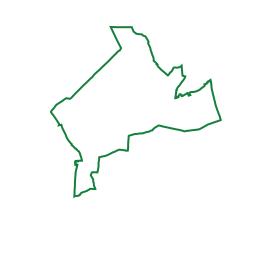 outline of Vulpeni, Olt, Romania, rotated 123°
{"feature_id": "2599482B22802217840007", "entity_name": "Vulpeni", "entity_type": "district", "adm_level": 2, "iso_a3": "ROU", "parent_name": "Romania", "parent_adm1": "Olt", "projection": "robinson", "projection_center": [23.942, 44.455], "detail": "fine", "context": "isolated", "style": "outline", "palette": "green", "viewbox_px": 256, "rotation_deg": 123, "n_neighbors": 0, "source": "geoboundaries", "source_scale": "gbopen_adm2", "svg_char_len": 5565}
<svg xmlns="http://www.w3.org/2000/svg" viewBox="0 0 256 256"><g transform="rotate(123 128 128)"><path d="M155.2,201.5L156.5,201.4L156.8,201.0L157.0,200.4L158.0,197.5L159.9,192.9L161.6,189.1L162.1,188.1L162.5,187.8L163.5,187.5L161.6,185.7L163.8,183.0L165.0,181.1L165.8,179.6L167.6,176.6L168.8,175.0L169.2,174.6L169.6,173.8L170.9,171.1L172.2,167.0L172.1,166.6L172.6,166.3L173.0,165.9L172.8,165.7L173.9,161.2L173.8,160.7L173.6,160.3L173.6,160.1L174.1,159.6L174.1,158.9L174.4,157.3L174.5,156.1L175.0,155.4L175.6,154.3L175.9,154.1L176.2,153.7L178.4,151.0L179.3,150.0L180.5,148.8L182.5,151.8L183.2,151.7L183.3,151.7L183.4,152.1L183.2,152.4L183.3,152.7L183.4,152.9L183.7,153.3L184.0,153.9L184.2,154.0L184.4,154.0L184.4,153.7L184.5,153.6L184.9,153.4L185.3,153.9L186.0,153.4L186.0,153.2L185.9,153.0L185.9,152.9L186.0,152.9L186.3,153.0L186.4,152.9L186.3,152.6L186.6,152.5L187.0,152.2L187.3,152.4L187.6,152.1L186.6,151.2L186.3,150.6L186.3,150.4L187.5,150.3L187.5,150.0L187.6,149.9L188.0,149.8L188.1,149.7L188.6,149.7L189.5,149.2L189.9,149.2L190.8,148.9L193.0,148.0L193.8,147.8L194.4,147.5L194.4,147.4L195.5,146.7L197.6,145.6L203.0,142.6L205.4,141.0L210.0,138.5L211.5,137.5L213.3,136.5L213.6,136.3L214.6,135.7L214.1,135.5L213.5,134.9L213.2,134.6L213.1,134.3L212.2,133.0L211.8,132.9L211.3,132.6L211.1,132.2L210.4,131.9L210.0,131.9L209.8,132.1L208.8,131.9L208.2,131.9L207.7,131.8L207.2,131.3L206.5,130.9L205.1,129.8L204.8,129.5L204.5,129.2L203.1,128.2L201.3,127.4L200.7,126.9L200.2,126.8L199.8,126.7L199.4,126.3L199.3,126.0L198.4,124.6L197.9,123.5L197.0,122.2L196.6,122.7L196.3,122.8L196.0,123.4L195.8,123.7L195.3,124.6L194.8,125.2L192.8,126.8L192.5,127.1L192.2,127.7L191.9,128.0L191.0,128.5L190.2,129.2L190.0,129.3L189.7,129.9L189.5,130.6L188.5,132.2L188.2,133.1L188.1,133.4L185.6,134.0L185.2,134.0L184.6,133.9L183.3,131.9L181.9,129.5L180.8,129.9L180.1,130.1L176.4,131.7L175.0,132.5L174.0,133.3L172.2,134.2L170.5,134.9L168.2,136.2L167.6,135.6L166.2,134.3L165.1,133.2L164.1,132.1L163.2,131.3L162.8,131.1L160.0,129.3L156.8,127.5L155.3,126.3L153.2,125.1L151.6,124.1L151.2,123.8L151.0,123.6L150.1,122.0L149.0,119.5L148.1,118.1L148.1,117.7L148.2,117.4L147.4,116.3L147.1,115.8L146.9,115.8L145.1,116.9L144.5,117.1L141.6,119.0L138.6,120.7L136.8,121.6L135.6,122.3L135.0,122.7L134.3,123.1L134.1,123.1L133.1,122.2L130.6,120.1L129.4,119.0L128.3,117.6L127.7,116.8L126.1,115.1L125.2,113.8L124.8,113.2L124.4,112.7L123.9,112.2L123.3,111.9L122.3,111.0L121.1,110.0L119.6,108.4L119.2,108.1L117.9,107.5L117.6,107.2L116.9,106.5L116.7,106.3L116.3,106.2L114.8,106.2L114.2,106.0L112.9,105.5L110.4,104.3L109.6,103.9L109.1,103.5L108.7,102.6L108.6,102.1L108.2,101.2L108.1,100.9L107.9,100.4L107.9,99.7L107.3,98.5L105.7,94.3L105.0,92.4L104.5,91.1L104.2,90.2L103.6,88.8L103.2,87.6L102.6,86.1L102.2,85.4L101.8,84.3L100.5,80.6L100.3,80.0L100.3,79.3L100.2,79.1L99.8,78.5L99.1,77.9L98.2,76.8L97.9,76.7L97.8,76.4L97.5,75.9L95.7,73.9L93.0,70.6L92.2,69.6L91.6,69.2L91.3,68.5L90.9,68.1L90.3,67.6L88.5,66.5L84.5,64.4L81.7,63.0L79.8,61.5L78.3,60.3L75.5,58.2L72.6,55.8L71.6,55.2L71.0,54.6L70.8,54.5L69.9,55.6L69.1,56.5L68.2,57.5L67.5,58.4L66.3,60.2L63.9,63.4L61.3,66.7L49.8,78.9L49.0,79.6L47.0,81.2L46.1,81.8L44.2,83.4L44.5,83.6L42.8,85.0L44.8,85.9L45.7,86.4L46.3,85.9L46.7,86.3L47.1,86.5L47.4,86.4L47.8,86.1L48.1,86.2L48.4,86.8L48.6,86.9L48.8,87.0L49.1,86.9L49.3,86.9L49.4,87.2L49.7,87.4L49.6,87.5L49.8,87.7L50.3,87.2L51.1,86.7L53.3,87.5L53.9,87.9L54.0,87.8L56.5,88.6L58.8,89.8L59.9,90.6L60.7,91.3L61.0,91.5L62.0,92.6L63.4,94.5L63.5,94.8L64.2,95.2L64.9,95.6L65.0,95.6L65.3,95.4L65.9,94.7L66.3,94.0L66.4,93.7L66.7,93.9L67.6,94.5L67.8,94.7L67.2,95.5L67.0,95.8L66.9,96.6L66.4,97.3L67.4,97.7L67.5,97.7L67.8,97.8L68.9,98.4L70.5,99.2L71.2,99.5L71.0,100.0L72.0,100.5L71.0,102.3L71.8,103.1L72.6,103.1L72.8,103.0L73.2,103.0L73.4,102.9L73.5,103.0L74.7,102.6L74.8,102.8L75.1,103.8L75.6,103.8L75.7,104.0L76.0,103.9L75.7,103.0L77.2,104.6L75.0,105.6L73.6,106.2L72.9,106.5L72.6,106.6L72.4,106.7L72.5,106.8L69.6,108.2L69.3,107.8L68.4,108.2L67.7,108.4L66.7,108.3L65.9,108.4L65.5,108.2L65.2,108.1L63.0,108.0L59.8,107.9L57.4,107.6L56.1,107.6L54.8,107.7L54.2,107.8L53.6,108.0L53.8,108.6L54.0,109.4L54.4,110.5L54.4,110.8L53.5,111.4L53.3,111.7L46.5,117.0L46.9,117.1L47.2,117.2L47.6,117.3L47.9,117.3L48.5,117.6L48.8,117.8L49.7,118.6L50.5,119.4L51.0,120.3L51.5,121.3L51.9,121.9L52.1,122.2L52.3,122.4L52.8,122.6L53.1,122.6L53.6,122.5L53.9,122.4L56.2,122.3L57.4,122.4L58.2,122.8L59.2,122.9L59.4,123.0L60.3,122.8L61.3,123.0L62.2,123.2L61.5,128.0L61.2,131.1L60.2,135.9L60.0,136.4L59.8,136.9L59.5,137.4L59.0,137.8L59.0,138.3L58.6,138.1L58.0,140.3L57.7,143.1L57.2,143.3L56.4,143.8L55.2,145.0L54.4,145.8L54.3,146.2L53.7,147.1L49.9,151.9L49.5,152.2L49.2,152.4L48.8,152.8L46.1,157.1L45.9,157.4L45.3,157.4L44.8,157.5L44.5,157.7L43.1,160.2L41.8,163.0L41.7,163.5L42.1,164.7L42.2,165.9L42.2,166.6L42.0,167.0L42.0,167.5L42.2,168.0L43.0,169.3L44.0,171.3L44.4,172.4L44.4,172.8L44.4,173.2L44.2,173.5L44.3,173.9L44.2,174.3L44.2,174.8L44.1,175.8L41.4,179.8L45.6,186.2L49.2,191.7L52.7,197.5L54.2,195.1L61.0,184.0L64.3,178.2L64.7,177.3L65.0,177.3L67.2,177.1L68.6,177.9L69.4,178.0L70.6,178.4L71.9,178.5L75.0,179.3L82.4,180.7L88.9,182.3L91.4,182.9L94.1,183.4L98.6,184.7L99.6,184.9L100.4,185.2L103.2,185.6L105.0,185.7L106.4,186.2L112.1,187.5L113.5,187.8L116.6,188.6L120.0,189.3L126.4,190.6L128.5,191.1L133.3,191.9L134.2,192.2L135.1,192.6L135.3,192.7L135.8,194.2L136.2,194.9L136.3,195.5L136.6,195.9L138.3,196.8L139.3,197.2L140.3,197.5L141.4,197.9L143.5,198.9L147.3,200.6L149.2,200.9L151.4,200.9L155.2,201.5Z" fill="none" stroke="#15803d" stroke-width="2"/></g></svg>